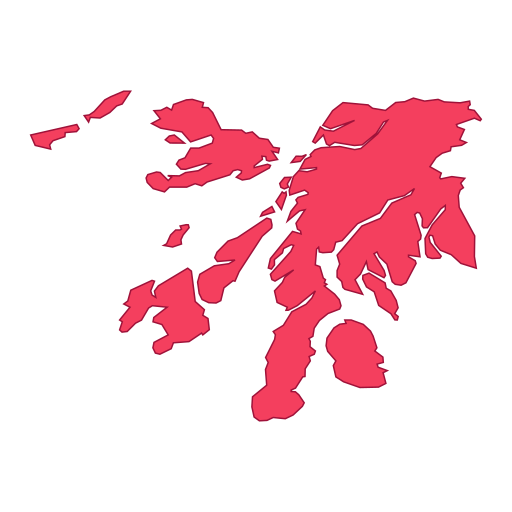 outline of Argyll and Bute
{"feature_id": "GBR-2746", "entity_name": "Argyll and Bute", "entity_type": "Unitary District", "adm_level": 1, "iso_a3": "GBR", "parent_name": "United Kingdom", "parent_adm1": "", "projection": "robinson", "projection_center": [-5.597, 55.994], "detail": "fine", "context": "isolated", "style": "filled", "palette": "rose", "viewbox_px": 512, "rotation_deg": 0, "n_neighbors": 0, "source": "natural_earth", "source_scale": "10m", "svg_char_len": 6120}
<svg xmlns="http://www.w3.org/2000/svg" viewBox="0 0 512 512"><path d="M476.3,268.2L460.9,263.4L451.3,254.7L440.3,250.2L435.2,244.0L432.6,235.7L429.9,235.2L428.9,237.0L430.2,242.4L441.2,256.2L440.0,258.1L432.1,258.5L427.7,257.2L425.7,253.8L425.0,238.5L432.2,224.9L445.3,209.7L445.3,205.4L440.7,209.0L427.5,227.7L423.5,227.8L422.1,225.9L422.4,218.7L419.7,213.0L417.1,212.4L414.6,214.6L421.1,235.3L420.6,239.0L417.8,241.5L420.0,256.8L408.5,255.2L408.5,256.8L415.2,260.7L416.1,263.4L405.9,282.8L401.1,285.2L395.2,284.3L392.2,281.7L386.9,264.1L379.4,257.0L377.0,252.0L374.0,253.7L384.1,270.5L385.5,275.4L384.0,277.7L368.1,269.6L366.4,261.6L360.5,274.0L355.0,279.7L362.7,294.3L344.9,289.3L342.9,287.4L341.7,281.5L337.1,277.1L337.1,270.6L339.7,264.1L337.1,255.2L361.9,226.0L380.4,218.4L391.8,203.1L410.9,194.8L414.5,188.5L404.4,195.6L387.8,200.0L379.6,212.9L357.5,223.7L342.1,240.6L335.7,242.2L333.7,249.7L331.4,252.1L322.8,252.7L319.3,251.9L318.6,247.2L316.6,249.1L315.3,264.9L319.9,266.6L323.3,278.1L325.5,279.7L324.3,282.8L326.9,284.3L324.3,286.0L334.6,294.1L339.3,299.7L341.0,305.8L339.7,309.0L328.0,313.5L319.4,320.5L314.2,328.2L312.9,336.3L308.9,338.6L310.3,341.3L310.0,346.7L315.4,351.0L314.3,354.2L309.1,356.5L310.3,360.9L305.2,368.8L305.0,376.5L302.7,376.9L295.5,388.1L291.2,390.0L291.2,391.5L295.4,391.8L298.9,394.9L304.2,402.8L302.4,406.3L293.1,415.0L285.3,418.7L273.2,417.5L267.0,420.4L259.4,420.8L254.1,417.0L251.9,406.9L252.5,396.8L266.7,385.2L265.5,369.5L268.2,362.5L265.6,357.5L274.6,339.5L275.4,334.7L273.2,331.5L283.4,325.3L291.8,311.8L306.1,304.3L311.9,298.0L315.4,290.9L297.3,305.6L288.4,310.2L286.0,310.3L287.3,307.2L277.1,302.4L274.5,290.9L282.4,282.4L284.7,277.3L293.7,269.9L275.0,281.1L271.9,279.6L270.4,274.3L290.8,251.5L293.7,245.4L291.3,244.7L283.6,248.5L282.4,252.9L274.4,259.6L274.5,264.9L271.4,269.1L268.3,268.0L270.4,258.6L292.5,231.4L301.1,233.9L300.5,231.0L297.5,229.1L296.0,223.3L305.1,209.7L299.5,210.9L287.3,221.2L290.9,211.4L297.5,203.1L295.9,199.9L298.1,197.4L307.9,194.4L308.2,192.6L304.6,190.1L289.8,195.1L289.2,190.4L293.4,176.6L298.8,170.7L307.2,171.8L316.5,169.1L316.5,167.6L299.9,169.1L305.1,159.4L311.0,156.5L310.2,154.6L314.8,149.9L321.1,147.7L339.7,146.5L354.7,149.6L360.9,148.5L377.6,134.0L387.5,120.4L383.5,122.0L376.2,133.4L362.3,144.8L354.4,145.5L334.7,142.3L329.5,145.6L326.5,144.0L323.4,135.0L315.2,143.1L312.7,141.6L320.3,126.9L324.7,130.0L333.4,131.2L354.6,120.4L330.5,128.7L322.8,125.3L332.6,110.7L343.0,102.6L368.1,104.9L372.6,108.3L385.5,110.4L395.7,102.5L404.8,101.7L413.4,98.1L424.6,101.1L438.1,99.4L444.3,101.9L460.1,102.8L469.6,101.1L470.2,104.7L468.2,106.5L468.3,109.3L474.3,110.4L481.3,119.2L480.2,120.7L474.4,118.2L456.4,124.5L457.4,126.9L464.4,129.5L459.7,139.8L466.4,142.5L461.6,145.3L451.1,146.8L450.4,150.7L442.2,153.2L436.1,157.6L429.9,166.7L441.3,173.1L439.7,177.7L440.8,178.9L451.8,176.6L464.8,178.3L460.7,183.2L463.4,187.7L460.2,190.0L458.3,195.5L459.2,207.3L474.7,235.9L474.4,256.5L476.3,268.2ZM272.0,151.3L277.6,159.5L269.2,161.1L266.5,160.2L265.8,156.6L261.9,156.2L262.5,159.3L254.2,165.9L254.2,167.6L267.5,164.3L270.5,165.4L269.3,168.0L249.6,178.8L242.3,180.0L236.3,177.2L241.3,172.9L241.5,170.7L237.7,169.6L233.2,170.7L229.9,174.8L207.1,182.0L201.8,185.8L195.1,183.7L186.8,187.1L169.5,187.1L164.5,191.9L153.2,188.6L147.2,182.4L146.1,178.0L147.8,174.6L156.5,172.0L160.2,172.5L168.2,180.5L171.6,177.2L167.7,175.6L179.4,175.9L185.5,172.6L198.3,170.7L210.3,163.8L205.4,163.4L185.5,169.3L180.9,169.1L176.4,164.2L179.0,160.1L185.0,157.8L190.7,148.1L199.0,148.1L212.3,143.1L213.6,138.4L211.1,135.0L190.6,141.9L181.9,131.9L160.8,128.2L151.6,123.5L160.4,118.8L154.0,110.7L160.9,110.3L166.8,107.3L171.6,110.1L173.5,104.5L186.3,99.9L192.3,99.4L203.5,102.6L202.3,107.3L208.1,107.7L212.6,112.5L221.1,129.7L241.6,130.1L245.8,133.3L252.3,131.9L259.3,138.2L267.9,139.5L273.3,147.3L279.4,148.2L278.4,152.9L272.0,151.3ZM208.0,318.5L209.3,329.7L202.8,334.9L201.6,333.1L189.0,341.6L173.4,342.8L171.2,348.7L159.9,354.2L155.4,353.1L152.9,347.8L154.0,342.4L168.2,334.9L161.9,324.5L153.0,321.8L153.8,317.5L167.1,307.2L152.4,305.7L148.6,308.0L141.5,320.1L135.5,323.2L127.2,331.5L122.0,332.1L119.6,329.9L122.3,321.8L119.6,320.0L130.0,307.2L123.8,304.0L127.8,301.0L130.8,290.2L152.0,280.4L154.5,281.2L150.7,290.9L152.1,295.1L155.8,297.4L154.4,291.1L158.4,285.8L187.7,268.2L191.4,271.1L195.2,301.5L204.4,309.7L202.8,315.3L208.0,318.5ZM387.3,370.6L383.1,372.7L385.9,383.4L378.5,387.1L359.9,387.5L343.6,381.8L335.9,376.9L333.3,365.6L335.9,360.9L327.7,351.4L326.1,345.8L327.0,338.1L334.0,327.9L339.8,324.2L346.1,323.4L344.8,320.0L351.2,320.0L363.3,324.4L370.5,331.1L373.1,336.1L376.9,347.8L374.8,351.0L382.9,357.1L383.3,362.4L377.1,364.1L378.1,367.2L387.3,370.6ZM237.4,237.7L266.8,218.1L270.8,219.4L272.0,224.9L271.7,227.9L262.2,236.2L239.1,271.7L235.0,281.2L233.0,280.7L223.9,287.9L220.8,300.6L216.1,303.0L208.8,302.7L202.1,299.5L199.2,293.5L197.6,282.1L199.8,274.3L214.3,265.8L228.9,263.7L235.0,260.0L217.4,261.5L214.7,257.7L217.0,252.2L228.0,241.1L237.4,237.7ZM394.7,313.7L398.2,316.5L397.3,320.0L394.9,319.9L390.9,313.7L378.7,305.4L374.2,291.8L366.5,286.9L362.7,279.1L362.9,275.4L369.0,273.1L385.1,282.9L386.2,288.2L390.8,290.9L396.2,300.4L398.1,307.8L394.7,313.7ZM30.7,135.0L76.8,124.5L79.1,128.7L76.5,131.6L65.2,132.6L64.9,136.6L53.0,140.7L49.6,144.8L50.7,149.1L35.2,145.4L30.7,135.0ZM130.6,91.2L122.2,104.0L116.7,105.9L109.8,112.5L100.1,118.0L90.3,117.4L88.6,122.1L84.2,115.6L89.3,114.9L94.2,111.5L104.8,99.9L110.8,96.7L123.7,91.2L130.6,91.2ZM175.7,230.0L180.0,230.0L181.5,229.1L180.1,226.0L186.2,224.7L188.3,224.8L189.1,227.7L183.1,235.0L180.9,239.8L181.5,244.0L172.6,247.0L163.7,245.4L166.6,243.8L170.6,235.0L175.7,230.0ZM184.5,143.1L170.1,143.0L165.3,139.8L169.3,136.0L174.3,135.0L184.5,143.1ZM282.2,191.9L284.1,193.3L286.0,191.9L286.4,195.2L281.4,209.5L275.9,201.6L282.2,191.9ZM279.7,183.5L284.5,177.5L291.2,177.2L287.3,184.0L288.5,187.1L284.3,188.9L280.9,187.3L279.7,183.5ZM271.9,206.5L274.6,211.9L260.6,216.2L262.6,212.3L271.9,206.5ZM296.1,156.2L302.0,156.3L306.4,154.6L300.2,161.4L291.2,162.6L296.1,156.2Z" fill="#f43f5e" stroke="#9f1239" stroke-width="1.5"/></svg>